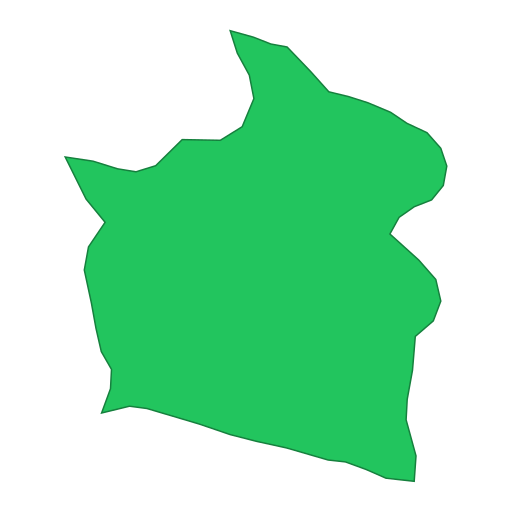 the district of Nova Guataporanga, São Paulo, Brazil
{"feature_id": "56859067B54757291963990", "entity_name": "Nova Guataporanga", "entity_type": "district", "adm_level": 2, "iso_a3": "BRA", "parent_name": "Brazil", "parent_adm1": "São Paulo", "projection": "orthographic", "projection_center": [-51.644, -21.32], "detail": "fine", "context": "isolated", "style": "filled", "palette": "green", "viewbox_px": 512, "rotation_deg": 0, "n_neighbors": 0, "source": "geoboundaries", "source_scale": "gbopen_adm2", "svg_char_len": 834}
<svg xmlns="http://www.w3.org/2000/svg" viewBox="0 0 512 512"><path d="M230.2,30.7L237.3,53.1L249.3,75.1L253.9,98.6L242.2,126.7L220.3,140.3L182.2,139.6L155.7,165.7L135.9,171.8L117.5,168.8L93.1,161.2L65.2,157.0L86.1,199.1L105.1,222.3L88.5,246.9L84.3,270.0L91.4,303.0L96.0,328.4L101.3,351.6L111.5,369.4L110.5,388.7L101.6,413.0L129.5,406.2L146.9,408.5L199.1,424.0L230.2,434.6L256.7,441.4L286.4,447.9L328.1,460.0L345.4,461.9L366.2,469.5L386.0,478.2L414.2,481.3L416.0,455.9L406.1,419.8L407.2,399.4L412.5,370.2L415.3,336.4L433.3,320.9L440.8,301.1L435.8,279.5L418.9,260.2L389.9,234.0L399.1,217.3L414.3,206.7L431.6,199.9L443.3,185.5L446.8,166.1L440.8,148.3L427.0,132.7L406.9,123.3L390.6,112.3L368.0,102.8L348.9,96.7L328.8,91.8L310.8,71.7L287.1,47.0L270.8,44.0L253.5,37.2L230.2,30.7Z" fill="#22c55e" stroke="#15803d" stroke-width="1.5"/></svg>